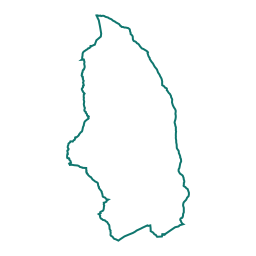 Pesceana, Vâlcea, Romania (Robinson projection)
{"feature_id": "2599482B54913622805817", "entity_name": "Pesceana", "entity_type": "district", "adm_level": 2, "iso_a3": "ROU", "parent_name": "Romania", "parent_adm1": "Vâlcea", "projection": "robinson", "projection_center": [24.119, 44.892], "detail": "fine", "context": "isolated", "style": "outline", "palette": "teal", "viewbox_px": 256, "rotation_deg": 0, "n_neighbors": 0, "source": "geoboundaries", "source_scale": "gbopen_adm2", "svg_char_len": 5641}
<svg xmlns="http://www.w3.org/2000/svg" viewBox="0 0 256 256"><path d="M183.2,224.2L182.4,223.7L181.7,222.8L181.2,221.9L180.9,220.9L180.3,220.1L180.3,219.2L180.7,218.4L182.2,217.8L182.6,217.2L182.6,216.6L183.0,216.0L183.1,213.9L183.8,212.3L183.8,208.1L183.7,207.4L183.3,206.4L183.1,205.4L183.1,204.8L183.4,203.1L184.0,202.0L186.2,199.7L187.2,197.5L188.5,196.3L188.6,195.9L188.9,194.5L188.9,192.7L187.6,189.0L186.4,188.3L185.4,187.1L183.9,186.2L183.6,185.9L183.6,185.5L183.9,184.2L183.8,183.0L184.1,182.5L184.3,181.9L184.2,180.7L183.7,179.1L183.6,177.9L182.7,175.6L181.6,174.7L180.2,173.8L179.6,173.0L178.6,171.1L178.6,169.8L178.7,169.2L179.4,168.0L180.2,163.6L180.5,162.7L181.1,161.6L181.1,160.7L181.0,159.5L180.7,158.3L180.2,157.7L180.2,156.4L179.8,155.2L179.4,154.3L179.2,153.7L178.9,153.3L178.7,151.1L178.3,150.3L177.6,149.5L176.8,148.0L176.7,145.8L176.7,144.8L176.2,142.3L176.2,140.6L175.8,138.0L175.9,136.5L175.8,135.2L175.9,132.6L176.1,131.7L175.8,130.1L175.9,129.1L175.8,128.2L175.9,127.2L175.5,126.3L175.0,123.9L174.6,122.8L174.7,121.7L175.5,119.1L175.8,116.9L175.7,115.0L175.4,114.0L175.7,111.7L175.7,110.7L175.2,109.3L174.0,107.5L172.9,105.4L172.0,102.4L172.2,99.6L172.1,99.1L171.1,97.1L171.0,96.0L169.8,93.8L168.9,93.1L168.0,91.8L167.6,91.0L166.8,90.3L166.9,88.9L166.6,88.3L165.0,87.6L164.1,86.3L162.2,85.2L162.2,84.1L162.1,83.2L162.2,81.6L161.7,79.2L161.2,78.0L160.1,76.1L159.5,74.6L158.1,72.6L156.9,69.4L154.6,66.6L152.9,63.4L151.4,61.6L149.9,59.2L149.7,58.8L149.7,58.0L148.9,56.9L148.5,56.2L147.8,54.0L147.5,53.1L148.0,52.6L147.8,52.0L146.7,51.0L143.4,49.0L141.8,48.4L140.1,46.4L139.0,44.7L138.6,44.2L137.5,43.4L136.9,43.2L136.0,42.0L135.4,41.6L133.8,41.0L133.5,40.7L132.9,39.4L132.7,36.4L132.1,35.4L130.6,34.0L130.6,32.7L130.1,31.5L129.8,29.6L129.6,29.2L128.2,28.1L125.5,27.5L124.3,27.5L123.1,27.0L121.6,26.9L121.0,26.1L120.2,25.7L119.7,24.8L119.1,24.1L115.8,22.3L114.8,21.5L112.9,20.6L111.5,19.3L109.1,18.3L108.0,17.5L105.4,16.8L104.6,16.2L103.6,15.8L102.2,15.8L101.1,16.1L100.5,15.6L98.9,15.8L98.2,15.7L97.8,15.4L96.4,15.4L96.4,15.5L97.0,16.4L97.8,18.4L98.4,19.4L98.9,20.7L99.2,22.5L99.9,25.9L101.2,33.6L100.8,36.6L96.4,40.3L94.8,44.7L93.6,45.1L92.3,45.8L91.4,46.1L90.9,45.9L90.5,46.0L90.5,47.1L90.4,47.3L89.7,47.6L89.3,48.1L88.2,48.3L87.5,49.2L86.3,49.8L85.4,50.5L83.9,51.5L83.3,52.1L82.8,53.0L82.6,53.8L82.5,55.9L82.2,57.1L82.2,58.7L82.0,59.4L81.5,59.8L82.7,59.7L83.7,59.4L84.0,59.9L84.2,61.2L84.5,62.0L84.2,63.5L84.2,64.1L84.7,66.3L84.6,67.7L84.1,68.7L83.9,69.5L83.4,69.6L83.2,69.9L82.9,70.3L82.9,70.7L82.6,71.1L82.6,71.7L82.5,71.9L82.5,72.5L82.0,73.1L81.9,73.6L82.1,74.1L81.6,75.2L81.9,76.1L82.2,76.5L82.7,76.6L82.8,76.8L82.8,77.2L82.6,77.7L83.0,78.2L82.8,79.0L83.1,79.6L83.3,80.4L83.7,80.9L83.6,81.2L83.3,81.7L83.3,82.2L83.0,82.7L83.4,83.5L83.4,84.0L83.7,84.7L83.8,85.2L83.8,85.4L83.2,85.5L83.0,85.8L82.9,86.0L83.0,87.3L82.0,88.5L81.8,88.9L81.8,89.3L82.3,90.5L82.7,90.9L82.8,91.6L84.6,93.6L84.4,93.9L84.0,94.1L83.8,94.3L83.9,94.6L83.7,95.8L83.7,97.3L83.9,97.6L83.7,99.8L84.2,101.4L84.0,103.1L83.8,104.0L83.9,105.0L84.4,107.0L84.9,108.0L84.4,109.7L84.4,110.7L84.9,111.3L85.7,111.8L85.9,112.1L85.7,112.6L85.7,112.8L87.0,114.2L87.1,115.5L87.5,115.9L88.2,116.0L88.6,116.3L88.8,116.7L88.2,117.4L88.3,117.9L88.6,118.3L88.3,118.8L87.0,119.6L85.1,121.2L84.5,122.1L84.3,122.5L84.2,123.3L83.9,124.2L83.8,125.4L83.0,127.1L82.4,130.0L82.1,131.1L81.6,131.8L80.5,132.5L80.0,133.4L79.2,134.2L79.0,134.5L78.8,135.3L77.3,136.7L76.7,137.1L76.2,137.2L75.3,137.3L75.2,137.4L75.5,138.0L75.4,138.3L75.0,138.7L74.7,139.7L74.5,139.9L73.7,140.2L72.7,141.6L71.6,141.4L70.4,141.4L70.3,141.6L70.1,142.3L69.1,143.1L68.5,143.6L68.4,144.8L67.8,146.1L67.7,147.4L68.1,148.1L68.2,148.6L68.6,149.0L68.5,149.4L68.3,149.9L67.5,150.4L67.3,150.8L67.4,151.5L67.6,152.0L67.7,152.8L67.5,153.5L67.9,153.9L67.9,154.1L67.4,154.4L67.2,154.8L67.1,157.3L67.4,158.1L68.6,158.1L69.1,158.3L69.3,158.8L69.2,159.5L70.6,161.2L70.7,161.5L70.7,162.2L71.0,162.8L70.9,163.0L70.1,163.1L69.3,163.4L69.1,163.7L69.8,164.3L69.9,164.9L72.0,164.8L74.2,165.2L77.6,165.5L78.9,166.0L79.8,166.9L82.2,167.5L82.4,167.8L86.2,168.0L86.3,170.6L86.6,171.0L86.3,171.5L86.2,171.9L86.9,172.7L86.8,173.3L86.8,173.5L87.8,174.1L87.9,174.6L88.4,175.3L90.0,176.7L91.0,177.2L91.5,178.0L92.1,178.7L92.3,179.2L92.7,179.6L94.0,180.5L94.9,181.3L97.4,182.6L97.8,183.1L98.0,184.1L98.2,185.8L98.9,186.8L99.0,187.2L98.8,187.6L98.9,188.0L101.7,191.6L101.7,192.6L102.2,193.4L102.3,194.2L102.6,195.4L102.6,196.0L102.8,196.5L103.0,196.8L105.2,197.7L106.2,199.0L106.7,199.3L108.3,199.6L106.6,200.7L106.6,201.2L106.4,201.7L106.2,201.8L105.0,202.4L103.8,202.7L104.0,203.6L103.7,204.2L103.9,205.0L104.2,205.4L104.2,205.6L104.0,206.4L103.9,206.7L103.8,208.4L103.5,209.8L102.8,210.8L100.9,211.7L100.3,212.1L100.2,212.2L100.3,212.5L100.2,213.0L100.4,213.2L98.7,214.1L99.1,214.4L99.4,214.4L99.7,214.6L99.9,215.2L100.2,215.6L100.0,216.5L100.1,217.0L100.4,217.5L100.5,218.0L101.1,218.7L101.9,219.0L102.8,219.9L104.8,220.3L105.7,221.2L107.2,222.1L108.3,224.0L109.0,224.8L109.2,225.2L109.4,226.2L109.6,229.0L110.6,230.6L110.4,231.4L110.7,232.8L110.6,233.6L110.5,235.0L110.9,235.7L112.5,236.7L113.9,238.6L114.4,238.9L115.8,239.3L118.4,240.6L120.0,239.4L124.5,236.4L129.0,234.5L133.0,232.9L135.4,231.5L136.5,230.6L140.8,228.6L142.5,227.7L147.4,225.4L148.1,225.9L150.3,225.4L150.6,228.2L150.7,231.2L151.7,231.7L152.8,232.5L153.2,232.6L154.3,234.2L154.8,234.5L155.7,234.8L157.1,236.8L161.9,236.5L162.1,235.8L162.7,235.1L162.2,235.2L162.3,234.2L162.6,234.2L163.0,234.1L163.7,234.6L164.2,234.2L164.7,234.7L165.8,233.6L175.2,227.2L178.3,226.5L178.7,226.3L179.6,225.3L183.2,224.2Z" fill="none" stroke="#0f766e" stroke-width="2"/></svg>